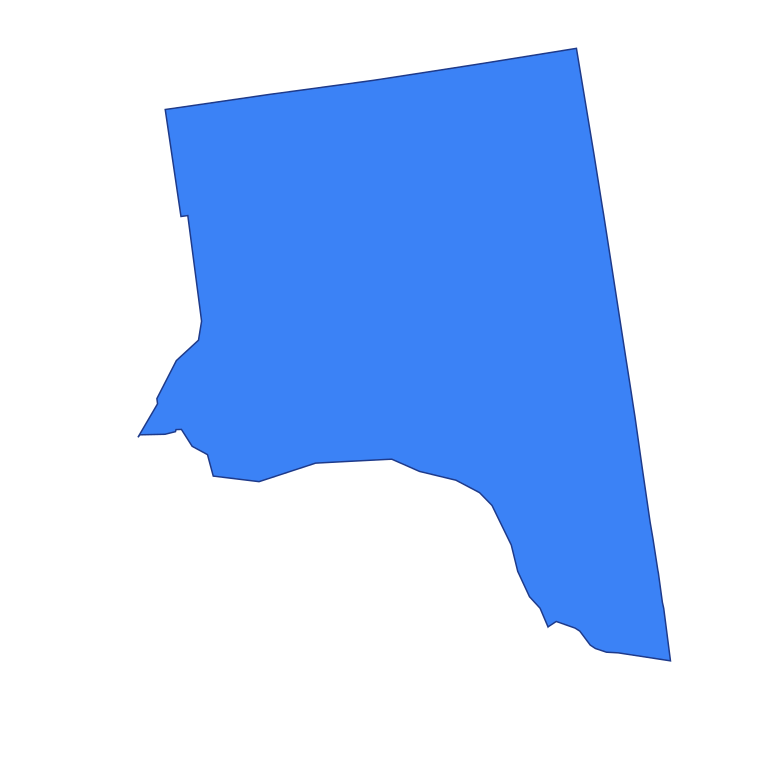 Wayne, Michigan, United States of America (Equal Earth projection), rotated 83°
{"feature_id": "52423323B15255243376052", "entity_name": "Wayne", "entity_type": "district", "adm_level": 2, "iso_a3": "USA", "parent_name": "United States of America", "parent_adm1": "Michigan", "projection": "equal_earth", "projection_center": [-83.141, 42.24], "detail": "fine", "context": "isolated", "style": "filled", "palette": "blue", "viewbox_px": 768, "rotation_deg": 83, "n_neighbors": 0, "source": "geoboundaries", "source_scale": "gbopen_adm2", "svg_char_len": 957}
<svg xmlns="http://www.w3.org/2000/svg" viewBox="0 0 768 768"><g transform="rotate(83 384 384)"><path d="M500.1,137.9L446.8,138.9L437.8,139.2L424.2,139.6L411.4,140.0L393.7,140.6L390.9,140.7L288.0,143.9L241.6,145.4L234.7,145.7L181.8,147.6L181.7,147.6L74.3,152.1L78.1,254.2L81.3,357.3L82.6,462.1L84.9,567.7L193.0,565.1L192.9,558.2L299.4,557.4L317.9,562.8L335.4,587.2L370.8,611.2L376.1,611.2L406.9,634.7L404.7,632.4L407.2,607.5L405.9,596.8L403.9,596.0L404.4,590.6L420.8,582.8L422.5,582.0L432.6,567.8L454.6,564.7L465.7,519.9L454.2,461.6L456.5,428.3L459.2,390.2L459.6,385.4L475.1,359.4L486.4,329.3L488.2,324.4L503.5,302.4L517.7,291.6L559.3,277.3L586.3,274.1L612.9,265.5L625.6,256.4L645.1,250.8L645.0,250.7L640.7,242.0L649.5,224.2L653.1,219.8L668.3,211.1L672.3,206.4L677.3,195.9L679.4,184.2L681.9,175.4L693.7,133.4L640.8,133.7L634.6,134.3L605.0,134.7L602.2,134.9L570.3,135.9L553.4,136.7L500.1,137.9Z" fill="#3b82f6" stroke="#1e3a8a" stroke-width="1.5"/></g></svg>